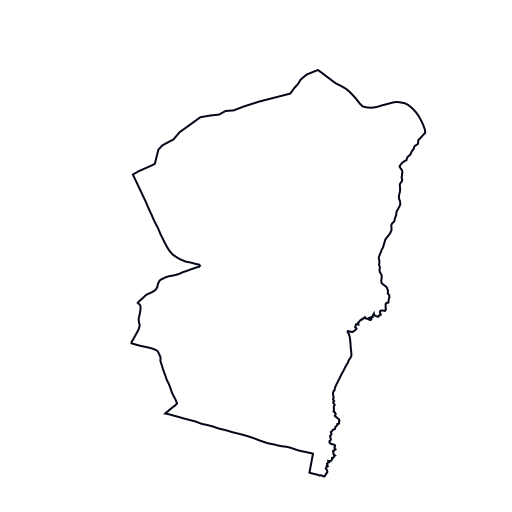 outline of Angkor Thum, Siemréab, Cambodia, rotated 15°
{"feature_id": "14789045B45657319092410", "entity_name": "Angkor Thum", "entity_type": "district", "adm_level": 2, "iso_a3": "KHM", "parent_name": "Cambodia", "parent_adm1": "Siemréab", "projection": "mercator", "projection_center": [103.881, 13.579], "detail": "fine", "context": "isolated", "style": "outline", "palette": "ink", "viewbox_px": 512, "rotation_deg": 15, "n_neighbors": 0, "source": "geoboundaries", "source_scale": "gbopen_adm2", "svg_char_len": 5992}
<svg xmlns="http://www.w3.org/2000/svg" viewBox="0 0 512 512"><g transform="rotate(15 256 256)"><path d="M116.0,209.2L135.2,231.8L141.2,239.4L144.4,243.1L146.0,245.2L147.7,247.3L150.9,251.0L153.8,254.0L155.8,256.6L158.1,259.6L160.5,262.3L163.6,265.9L167.3,269.9L170.8,273.2L175.0,276.1L179.8,277.8L184.1,278.9L189.7,279.6L195.3,279.2L200.2,279.3L202.9,279.0L204.4,279.8L203.8,281.1L201.4,282.5L198.9,284.2L196.9,285.5L194.4,287.3L192.4,288.7L190.0,290.2L187.3,292.4L185.9,293.5L183.9,294.7L181.7,296.0L179.6,296.9L176.7,298.3L174.3,299.9L172.7,301.3L170.7,303.0L169.3,304.6L168.5,308.2L168.7,311.5L168.0,314.1L166.5,316.3L164.4,318.3L162.9,319.5L160.6,321.4L159.4,322.8L158.2,324.9L156.6,327.4L154.6,330.3L153.9,331.9L155.1,332.5L156.4,333.1L157.2,334.0L157.9,335.8L158.2,337.4L158.4,338.7L158.6,340.6L158.8,344.4L158.9,347.0L159.7,349.3L160.6,351.1L161.6,353.3L161.7,355.3L161.6,357.3L161.0,360.0L160.5,362.2L159.6,365.5L158.9,368.5L158.1,370.8L158.4,372.6L160.7,372.6L163.9,372.7L167.3,372.7L173.1,372.4L177.4,372.2L180.5,372.3L182.5,372.6L184.1,372.8L185.5,373.4L186.6,374.4L188.3,376.4L190.2,379.0L190.7,381.8L191.4,383.0L192.5,384.7L194.0,387.0L195.5,389.5L197.5,392.4L199.7,395.4L201.7,398.6L204.7,401.9L207.3,405.4L209.8,409.2L212.2,412.1L214.8,414.8L217.0,417.6L217.9,419.0L217.5,419.8L216.8,420.8L216.2,421.8L215.0,423.2L213.8,424.9L212.3,426.9L210.9,429.1L209.7,430.5L209.0,431.7L212.8,431.4L218.9,431.5L223.3,431.5L227.6,431.6L234.6,431.6L240.4,431.5L246.7,432.2L252.2,431.9L257.7,431.8L264.8,432.3L271.8,432.1L278.6,432.3L283.5,432.2L289.7,432.1L294.4,432.2L300.3,432.5L307.6,433.3L315.4,433.8L319.8,433.6L322.5,433.3L324.9,433.4L330.1,433.1L335.5,432.3L339.2,432.3L346.3,432.8L351.1,432.7L355.1,432.4L358.9,432.3L361.1,432.1L362.2,432.3L362.3,433.2L363.7,451.5L365.7,451.5L367.3,451.5L368.5,451.4L369.5,451.5L370.5,451.4L372.1,451.3L373.7,451.7L374.7,451.2L375.9,450.9L377.2,451.3L378.8,451.4L379.5,450.6L379.9,448.8L380.3,447.7L380.8,446.6L380.6,445.4L379.7,444.1L378.4,443.2L378.7,441.7L379.7,440.7L378.6,440.0L379.1,439.1L378.4,438.3L378.7,437.1L379.9,436.4L379.0,435.3L380.1,435.2L381.0,434.9L381.8,433.9L382.1,432.5L381.7,431.4L382.6,431.3L383.1,430.4L383.3,429.2L384.0,428.2L382.3,427.6L381.7,426.5L381.7,425.6L380.9,424.7L381.1,423.8L382.0,423.4L382.9,422.2L381.8,421.5L381.3,420.6L381.7,419.3L381.2,418.3L379.9,418.0L378.8,418.1L377.7,418.2L375.8,417.7L375.2,416.9L374.9,415.7L375.6,415.0L375.8,413.7L375.2,413.0L374.8,411.7L374.1,410.8L374.6,409.6L375.0,408.7L374.6,407.6L373.9,406.7L374.6,405.6L375.1,404.4L375.6,403.6L376.9,402.9L377.0,402.0L376.9,400.6L377.6,399.6L378.2,398.5L378.0,397.3L379.4,396.6L379.6,395.8L379.0,394.6L379.3,393.5L378.3,392.2L376.9,391.7L375.5,390.9L374.6,390.7L373.5,390.0L373.9,388.9L373.8,387.8L373.0,387.3L372.6,386.5L371.2,386.2L371.2,384.8L370.0,380.8L370.6,379.7L369.9,378.7L368.8,378.1L368.4,376.9L369.0,375.8L368.1,375.1L367.4,374.1L367.7,372.8L366.9,371.1L366.1,369.5L365.8,368.4L365.9,366.2L366.6,365.7L366.5,364.8L366.4,363.0L366.8,359.9L367.5,356.7L368.2,353.2L369.1,348.5L370.1,344.6L370.6,342.0L371.7,337.3L372.5,334.9L372.5,333.0L373.0,331.6L373.6,329.6L374.0,327.9L373.0,324.5L372.3,322.8L371.2,319.9L370.1,316.6L369.1,313.9L368.1,311.3L367.2,309.4L366.1,307.8L365.3,306.4L364.1,305.8L364.2,304.7L365.1,304.7L367.7,304.6L368.9,304.4L370.8,302.3L371.9,300.2L371.3,299.6L370.1,299.0L370.3,297.7L370.4,296.0L372.7,295.7L371.8,294.1L372.5,293.1L373.1,291.8L373.6,290.7L374.7,290.2L374.9,289.1L376.0,288.7L376.3,287.9L377.1,286.9L378.2,287.9L379.6,287.8L381.3,288.0L381.1,286.7L381.9,286.2L382.1,288.2L383.3,288.2L383.8,287.1L383.4,285.0L384.5,284.7L384.2,283.2L384.8,281.2L385.3,282.5L388.2,283.1L390.0,282.9L390.1,281.7L391.7,280.4L391.0,279.4L390.2,278.2L390.1,277.3L391.1,276.2L391.9,276.1L393.8,275.6L394.8,275.7L395.3,274.0L394.5,272.2L394.2,270.6L393.6,268.9L394.3,267.4L395.5,267.2L396.0,266.4L395.6,265.0L395.4,262.8L395.5,261.3L394.8,259.2L393.0,258.2L392.8,256.7L392.4,255.3L391.0,253.2L389.8,252.1L388.5,251.5L386.8,250.8L384.5,249.8L383.4,247.8L383.2,245.7L382.8,243.7L382.4,242.2L381.5,241.1L380.0,239.7L378.9,237.7L378.7,235.3L378.2,234.1L377.5,233.3L377.1,232.6L377.0,231.0L376.4,228.8L375.7,227.4L375.1,226.3L375.0,224.8L375.1,223.8L375.4,221.2L375.8,218.6L375.8,217.0L376.5,215.0L376.5,213.2L376.5,211.6L376.6,209.8L376.6,207.1L377.0,205.7L378.0,203.4L378.6,202.1L379.3,200.2L379.8,198.7L380.2,196.3L379.8,194.3L378.7,191.4L379.0,189.4L379.8,188.1L380.6,186.7L380.5,185.2L380.5,183.9L380.6,182.1L380.7,181.2L380.8,180.2L380.6,179.0L380.3,177.5L380.6,175.5L381.4,172.4L381.8,170.7L382.0,168.7L381.4,167.0L380.7,165.4L379.6,164.1L378.9,162.7L378.5,160.5L378.4,158.3L378.4,156.6L378.0,154.6L377.5,152.9L376.8,151.0L376.4,149.7L376.9,147.4L377.6,146.0L377.4,144.2L376.6,143.0L376.2,142.0L376.3,141.1L376.1,139.9L375.8,139.0L375.9,137.5L375.4,136.6L374.8,135.4L373.7,134.4L372.9,133.8L371.5,132.4L371.9,130.7L372.6,129.1L373.5,127.6L375.3,125.5L376.5,124.6L376.5,123.4L376.6,121.7L377.2,120.4L378.0,119.4L378.9,118.0L379.0,116.8L379.3,114.8L379.9,113.3L380.7,111.6L380.6,109.5L381.0,108.4L381.7,107.8L383.2,106.2L383.4,105.0L383.1,103.8L382.8,102.6L383.0,101.6L383.6,100.6L384.5,99.1L385.3,97.5L386.0,96.1L387.0,94.1L387.6,93.3L386.4,90.2L384.0,86.7L381.6,83.7L379.9,81.8L377.0,78.8L373.5,75.9L370.4,73.9L367.4,72.2L363.8,70.7L360.1,69.9L355.5,70.3L352.1,70.7L348.7,72.2L346.2,73.6L342.8,75.6L339.2,77.6L334.8,80.4L331.1,82.2L327.5,83.3L323.5,83.9L320.4,83.9L317.4,82.3L314.4,80.1L311.5,77.9L308.5,76.0L305.0,73.8L302.4,72.4L299.9,71.3L297.4,70.6L294.1,69.7L291.3,69.2L289.0,68.7L285.7,67.6L283.9,66.8L281.2,65.7L279.1,64.9L275.0,63.2L272.1,62.0L269.1,60.9L267.7,60.3L265.7,61.8L258.0,67.6L253.6,73.8L252.1,78.9L249.5,83.9L247.1,90.2L242.2,93.0L231.0,99.3L219.3,105.9L205.7,114.6L196.8,121.1L189.1,123.8L183.5,129.1L175.8,132.0L166.4,136.3L159.4,144.9L150.1,156.3L146.1,164.8L142.1,168.4L136.9,173.4L134.2,178.5L134.4,193.2L131.7,195.6L120.7,204.5L116.0,209.2Z" fill="none" stroke="#020617" stroke-width="2"/></g></svg>